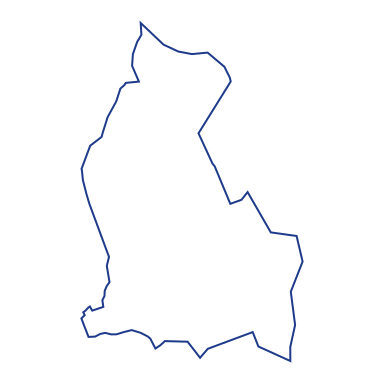 Olorunda, Osun, Nigeria (Equal Earth projection)
{"feature_id": "59680162B28193395760126", "entity_name": "Olorunda", "entity_type": "district", "adm_level": 2, "iso_a3": "NGA", "parent_name": "Nigeria", "parent_adm1": "Osun", "projection": "equal_earth", "projection_center": [4.578, 7.861], "detail": "fine", "context": "isolated", "style": "outline", "palette": "blue", "viewbox_px": 384, "rotation_deg": 0, "n_neighbors": 0, "source": "geoboundaries", "source_scale": "gbopen_adm2", "svg_char_len": 1040}
<svg xmlns="http://www.w3.org/2000/svg" viewBox="0 0 384 384"><path d="M296.6,236.0L270.8,232.4L247.6,192.1L241.5,199.8L230.3,203.8L214.7,166.3L212.5,163.6L198.5,133.3L230.6,81.7L230.7,81.4L229.8,77.6L224.4,66.8L207.6,52.6L191.9,54.1L178.2,51.5L163.6,44.7L140.7,23.0L141.4,34.8L137.2,41.8L132.9,54.1L132.1,65.8L138.9,81.6L125.8,82.9L124.5,84.9L120.4,88.6L116.2,101.5L107.7,117.0L102.6,133.1L101.6,136.9L90.2,145.7L81.5,169.0L81.9,170.1L82.9,180.1L86.5,194.2L89.4,203.9L109.0,256.9L106.8,265.8L109.5,282.2L106.7,286.1L104.7,290.9L104.5,295.9L102.4,300.2L103.3,306.9L92.2,310.6L91.7,309.8L89.9,306.5L88.3,307.6L85.4,310.7L83.3,312.3L84.7,315.1L81.4,318.4L84.0,325.3L86.7,332.2L88.5,336.9L95.1,336.6L100.3,333.9L105.3,332.9L111.3,334.4L116.6,334.3L123.7,332.1L131.7,330.1L140.6,332.8L147.8,336.5L150.3,338.6L155.4,348.5L160.3,345.3L164.9,341.1L187.6,341.7L200.1,357.8L202.8,354.6L207.8,348.8L252.7,332.1L258.4,346.5L290.3,361.0L290.3,346.9L295.1,325.0L290.8,291.7L302.6,261.6L296.6,236.0Z" fill="none" stroke="#1e3a8a" stroke-width="2"/></svg>